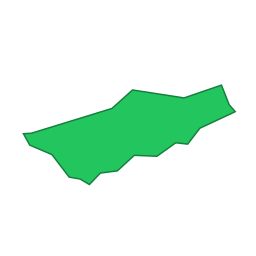 an SVG outline of Las Pinas, rotated 104°
{"feature_id": "PHL-5556", "entity_name": "Las Pinas", "entity_type": "Highly Urbanized City", "adm_level": 1, "iso_a3": "PHL", "parent_name": "Philippines", "parent_adm1": "", "projection": "albers", "projection_center": [121.001, 14.452], "detail": "fine", "context": "isolated", "style": "filled", "palette": "green", "viewbox_px": 256, "rotation_deg": 104, "n_neighbors": 0, "source": "natural_earth", "source_scale": "10m", "svg_char_len": 408}
<svg xmlns="http://www.w3.org/2000/svg" viewBox="0 0 256 256"><g transform="rotate(104 128 128)"><path d="M63.8,47.7L80.9,35.5L86.2,27.9L110.8,58.2L129.2,66.2L130.8,78.1L148.4,93.1L153.0,115.3L172.2,128.0L178.4,143.9L192.2,151.8L189.1,162.1L189.9,173.2L172.2,195.4L168.4,219.2L158.8,228.1L156.5,220.6L112.9,148.3L90.0,132.8L85.3,81.0L63.8,47.7Z" fill="#22c55e" stroke="#15803d" stroke-width="1.5"/></g></svg>